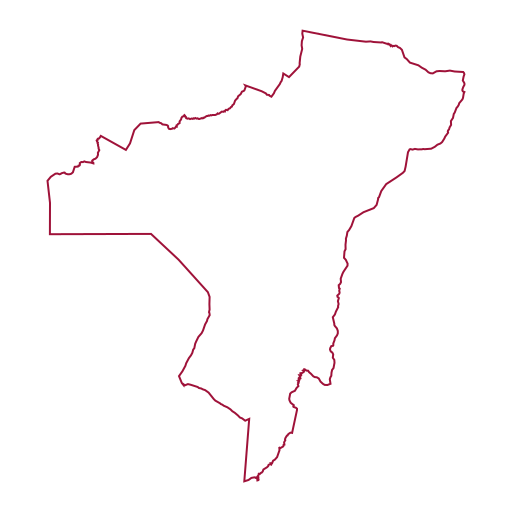 Cochinoca, Jujuy, Argentina (Albers equal-area conic projection)
{"feature_id": "61730980B75559747618877", "entity_name": "Cochinoca", "entity_type": "district", "adm_level": 2, "iso_a3": "ARG", "parent_name": "Argentina", "parent_adm1": "Jujuy", "projection": "albers", "projection_center": [-66.066, -23.06], "detail": "fine", "context": "isolated", "style": "outline", "palette": "rose", "viewbox_px": 512, "rotation_deg": 0, "n_neighbors": 0, "source": "geoboundaries", "source_scale": "gbopen_adm2", "svg_char_len": 5987}
<svg xmlns="http://www.w3.org/2000/svg" viewBox="0 0 512 512"><path d="M330.5,383.8L329.8,379.2L330.4,377.3L331.3,375.8L331.5,372.7L332.1,369.9L333.5,368.1L334.5,362.8L334.3,359.9L332.8,357.7L333.2,354.4L332.3,352.5L330.8,351.5L330.0,349.6L330.2,348.2L331.3,346.1L333.0,345.8L333.3,345.3L333.3,343.4L334.5,340.3L334.9,338.2L337.0,335.4L337.8,333.4L337.8,330.9L336.9,328.4L334.8,325.9L334.3,324.9L334.3,323.7L332.8,317.2L334.9,314.5L335.9,311.6L338.2,307.1L338.0,306.2L338.6,304.0L337.9,301.1L338.8,298.3L338.7,297.7L337.5,296.8L337.3,295.6L339.2,293.8L339.5,293.1L339.6,292.2L339.2,290.9L339.7,288.6L339.0,288.1L338.7,285.2L340.2,283.8L341.0,282.1L340.7,278.7L342.5,273.7L343.5,271.7L347.5,265.7L347.6,263.6L347.1,262.6L345.8,259.8L344.0,257.8L344.5,251.3L345.6,249.2L345.5,244.6L346.0,240.4L345.9,238.7L346.8,235.7L347.4,232.0L349.1,230.0L351.4,226.1L354.3,218.0L355.5,217.0L358.1,215.7L363.5,212.2L373.8,208.1L376.6,204.9L378.1,199.3L378.1,198.1L379.0,197.2L381.3,191.0L386.2,184.1L396.5,177.4L402.9,172.8L404.6,171.0L405.6,166.7L408.0,152.2L409.6,149.4L410.4,149.1L412.6,149.6L414.9,148.9L417.8,149.4L422.0,149.3L423.1,149.0L424.7,149.2L431.2,148.7L434.8,146.8L437.4,144.7L440.4,143.5L442.1,142.1L444.3,138.6L445.2,136.6L448.1,132.7L447.8,131.4L448.1,130.4L449.0,129.5L449.6,127.4L451.1,124.9L450.9,121.1L453.0,117.9L453.8,113.9L454.7,112.6L456.5,107.9L457.7,106.6L458.8,104.7L459.2,103.2L462.4,99.4L463.0,97.9L463.7,93.6L464.4,92.0L462.9,91.4L462.4,90.5L462.4,89.4L463.3,86.9L464.4,84.9L464.5,83.9L464.2,82.8L462.8,80.5L463.6,76.6L464.4,74.3L464.0,73.0L463.2,72.0L454.7,71.5L449.9,70.6L445.1,71.3L439.6,71.0L436.5,71.3L432.8,73.4L430.4,73.2L428.4,72.3L425.6,69.7L421.8,67.7L418.4,65.3L409.9,62.6L406.7,59.0L404.5,57.4L401.9,49.8L399.9,47.9L398.1,47.2L396.7,45.8L395.3,45.6L394.4,46.1L393.4,45.9L392.5,46.4L392.0,45.7L391.4,45.7L391.1,45.3L390.6,45.9L389.6,44.3L389.1,44.5L388.4,43.8L388.0,44.1L387.7,43.7L386.9,43.8L382.0,42.2L381.4,42.5L373.6,42.0L370.5,41.4L365.9,41.7L347.0,39.5L302.6,30.7L302.3,33.7L303.1,37.5L301.9,41.1L301.6,45.3L302.2,48.9L300.3,56.5L299.6,63.3L299.8,64.1L299.2,66.6L289.0,77.1L283.3,73.5L282.7,77.2L281.6,80.9L280.6,82.3L279.8,84.1L274.9,90.9L273.9,93.3L271.4,96.7L269.5,95.7L269.1,95.0L266.8,94.7L265.9,93.4L261.6,91.2L245.3,85.4L245.7,86.0L245.7,86.8L244.4,90.3L243.8,90.9L241.9,91.7L240.7,94.1L238.1,96.3L237.4,98.4L236.8,98.7L235.1,100.6L233.9,104.0L232.3,105.4L231.9,106.6L230.9,107.1L230.0,108.3L228.6,108.8L227.6,110.2L226.0,109.8L225.3,110.4L224.9,111.5L224.1,111.2L223.4,111.8L221.8,111.6L219.0,113.7L218.2,113.8L217.6,113.4L216.7,114.4L215.2,115.0L212.4,115.0L211.3,115.4L210.6,115.1L209.4,115.7L208.4,115.5L207.8,116.0L206.8,116.0L205.4,116.8L204.4,117.7L203.4,117.7L203.2,118.2L202.1,118.4L201.7,118.1L199.4,119.0L198.4,118.9L197.7,118.3L196.5,118.6L195.3,118.0L194.3,118.6L193.5,118.3L192.8,118.9L191.8,118.5L190.0,119.1L188.7,118.4L187.5,118.7L186.2,118.2L186.2,117.4L185.8,116.8L185.2,116.7L185.0,115.7L184.4,115.1L183.4,116.3L182.3,116.7L181.4,118.0L181.1,119.4L179.6,121.4L179.6,123.1L177.9,124.1L177.6,124.7L176.5,125.4L176.8,126.7L175.7,126.9L175.3,127.6L174.4,128.5L172.7,128.2L172.2,128.7L170.4,129.1L169.1,128.9L168.6,128.3L168.1,127.2L168.1,126.1L167.5,125.4L166.2,124.9L162.4,124.4L161.3,123.3L159.4,122.7L158.7,122.1L140.6,123.6L134.3,130.1L130.0,143.4L125.9,149.9L100.8,135.9L99.8,137.6L98.7,138.7L98.1,138.6L97.6,139.0L97.3,139.6L97.5,140.0L96.7,140.5L97.2,141.9L97.9,142.5L97.6,143.5L98.1,144.4L98.0,145.3L98.6,147.7L98.6,148.7L99.3,150.1L97.9,152.8L98.0,154.8L97.1,157.1L95.5,158.7L93.8,159.3L92.2,160.6L92.2,161.7L93.4,162.9L93.4,163.4L90.9,162.6L85.9,162.0L84.3,161.4L82.9,162.1L81.3,162.0L79.8,163.1L79.9,164.9L79.3,165.7L78.5,165.6L77.9,166.6L74.7,166.8L72.9,172.3L71.3,173.7L69.8,174.2L68.0,174.3L66.0,173.8L65.1,173.3L64.8,172.7L64.2,172.5L61.4,173.3L60.7,173.9L59.6,174.3L57.4,173.5L55.4,173.7L50.8,176.8L47.5,180.8L50.0,202.9L49.9,234.2L151.0,233.9L178.5,259.6L207.9,292.2L209.6,296.9L209.4,304.1L209.6,309.6L209.0,312.2L209.4,312.9L209.7,315.1L207.4,319.2L207.0,321.0L205.1,324.4L203.0,330.5L201.6,333.2L198.4,336.9L196.2,341.4L195.2,343.7L194.3,348.2L193.2,349.6L192.3,352.9L191.0,355.3L188.9,358.1L186.2,363.2L185.4,365.8L182.4,371.3L179.0,376.1L181.8,383.0L183.6,385.2L183.7,384.4L184.9,385.3L187.9,384.1L190.5,384.7L197.7,387.0L198.9,388.0L201.3,388.5L202.7,389.3L205.1,390.1L208.6,392.6L213.7,399.0L215.3,400.6L220.2,403.4L220.7,404.0L222.4,404.7L223.7,405.7L227.4,407.3L230.5,409.4L232.3,411.2L234.8,412.8L238.0,415.5L239.9,417.5L242.0,418.3L245.2,420.7L249.2,418.9L244.3,481.3L248.5,480.0L251.4,477.9L254.6,477.3L255.0,477.3L255.5,477.9L257.0,477.8L257.2,478.0L256.9,478.3L257.7,478.7L257.3,479.4L257.4,480.4L258.4,480.1L258.6,479.4L258.2,478.3L258.4,477.2L257.3,476.7L258.4,475.3L258.7,474.6L258.6,474.1L258.9,473.7L259.8,474.0L261.0,472.8L261.6,472.7L262.7,471.5L263.4,469.5L267.1,467.2L268.2,466.1L268.4,465.1L268.7,464.8L270.6,463.9L270.7,464.4L271.2,464.6L271.4,464.0L270.9,463.2L272.1,463.2L273.1,460.7L274.8,459.7L277.1,457.1L279.5,450.2L279.3,447.8L279.5,447.7L280.0,448.3L281.2,447.6L283.1,446.5L283.4,446.1L283.6,444.8L284.4,444.6L284.1,442.3L285.3,440.2L285.0,439.3L285.4,438.1L286.9,435.6L287.5,435.5L288.3,434.1L290.2,432.8L290.9,432.6L292.1,432.9L297.0,410.0L297.0,408.7L296.0,407.8L293.5,406.9L293.3,406.4L293.8,405.2L290.7,402.8L289.5,400.4L289.2,398.8L290.2,393.6L291.6,392.3L294.9,390.8L296.6,387.9L298.4,386.1L297.8,384.2L298.5,383.1L298.3,382.7L298.6,382.6L298.9,381.6L298.2,381.0L298.7,380.9L298.7,380.4L299.4,380.0L299.5,379.5L298.6,378.9L298.7,378.6L299.4,378.8L300.4,378.4L300.2,377.9L299.4,377.5L300.2,376.8L299.5,375.5L300.2,375.7L300.3,375.4L301.0,375.4L301.3,375.0L300.4,373.7L300.4,373.2L302.1,373.0L303.8,371.9L304.1,371.0L303.2,370.4L303.9,370.1L304.2,369.2L304.9,369.4L306.4,370.6L308.1,370.7L309.1,372.2L311.0,373.8L313.3,376.3L314.8,377.1L316.8,377.3L318.8,378.5L320.5,381.6L323.0,383.9L324.7,384.9L327.4,385.0L330.5,383.8Z" fill="none" stroke="#9f1239" stroke-width="2"/></svg>